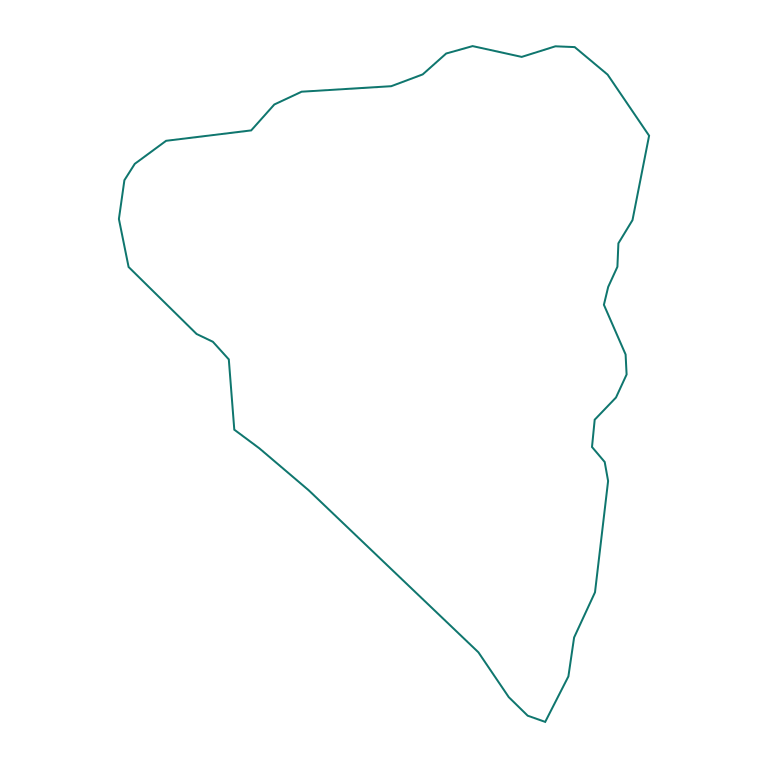 outline of Santo Tomás La Unión, Sololá, Guatemala
{"feature_id": "79465075B46149189037387", "entity_name": "Santo Tomás La Unión", "entity_type": "district", "adm_level": 2, "iso_a3": "GTM", "parent_name": "Guatemala", "parent_adm1": "Sololá", "projection": "mercator", "projection_center": [-91.41, 14.619], "detail": "fine", "context": "isolated", "style": "outline", "palette": "teal", "viewbox_px": 768, "rotation_deg": 0, "n_neighbors": 0, "source": "geoboundaries", "source_scale": "gbopen_adm2", "svg_char_len": 634}
<svg xmlns="http://www.w3.org/2000/svg" viewBox="0 0 768 768"><path d="M649.1,135.7L607.6,74.6L574.7,47.1L555.4,46.3L521.7,56.9L472.6,46.1L446.2,53.5L422.7,74.4L391.2,86.2L301.6,91.7L274.3,104.5L251.2,130.4L166.1,140.8L134.8,163.8L124.4,180.2L118.9,219.0L128.6,267.0L196.6,334.0L212.9,341.8L228.8,359.4L234.3,429.7L259.3,448.3L308.7,490.3L478.4,652.3L508.8,697.2L527.7,715.7L545.2,721.9L568.4,676.4L574.1,637.5L595.0,592.3L608.1,481.0L604.7,462.0L592.0,447.0L594.7,419.7L616.0,397.5L626.6,374.5L625.6,354.5L603.9,304.8L608.2,286.9L617.4,266.8L618.4,243.3L632.5,220.1L649.1,135.7Z" fill="none" stroke="#0f766e" stroke-width="2"/></svg>